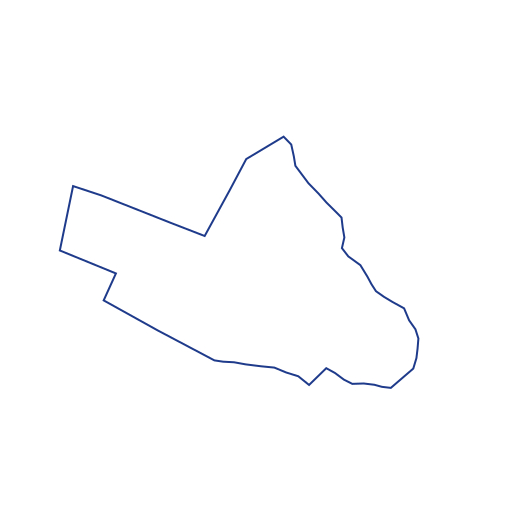 Poço de José de Moura, Paraíba, Brazil, rotated 301°
{"feature_id": "56859067B94922107840664", "entity_name": "Poço de José de Moura", "entity_type": "district", "adm_level": 2, "iso_a3": "BRA", "parent_name": "Brazil", "parent_adm1": "Paraíba", "projection": "robinson", "projection_center": [-38.49, -6.591], "detail": "fine", "context": "isolated", "style": "outline", "palette": "blue", "viewbox_px": 512, "rotation_deg": 301, "n_neighbors": 0, "source": "geoboundaries", "source_scale": "gbopen_adm2", "svg_char_len": 823}
<svg xmlns="http://www.w3.org/2000/svg" viewBox="0 0 512 512"><g transform="rotate(301 256 256)"><path d="M372.5,218.2L334.1,197.7L298.5,199.6L246.7,201.7L240.5,165.9L228.2,91.9L221.7,63.2L159.7,85.0L168.9,144.9L139.5,148.3L141.6,210.3L145.1,274.1L148.5,282.3L153.6,291.9L157.8,303.0L164.1,317.2L169.8,329.2L171.7,341.9L174.7,354.2L172.8,367.9L196.0,374.0L196.4,383.9L195.3,395.1L196.0,404.4L202.2,414.0L206.6,423.8L208.7,431.3L212.4,439.5L240.5,448.8L251.1,446.1L259.8,442.2L268.9,437.7L275.3,430.4L279.7,420.4L287.4,409.9L286.9,397.0L286.9,386.8L287.6,377.0L291.3,369.5L295.7,362.1L301.9,350.2L303.2,335.3L307.0,325.6L317.4,322.2L325.1,315.6L333.0,309.5L335.5,299.6L338.1,288.9L341.7,277.5L345.4,263.4L349.4,253.6L353.6,243.3L360.9,237.1L369.7,228.8L372.5,218.2Z" fill="none" stroke="#1e3a8a" stroke-width="2"/></g></svg>